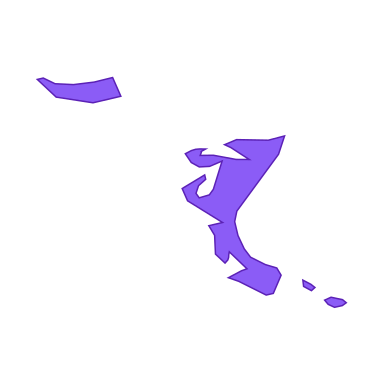 Providenciales and West Caicos, Equal Earth projection, rotated 77°
{"feature_id": "TCA-5005", "entity_name": "Providenciales and West Caicos", "entity_type": "state/province", "adm_level": 1, "iso_a3": "TCA", "parent_name": "Turks and Caicos Islands", "parent_adm1": "", "projection": "equal_earth", "projection_center": [-72.259, 21.758], "detail": "fine", "context": "isolated", "style": "filled", "palette": "violet", "viewbox_px": 384, "rotation_deg": 77, "n_neighbors": 0, "source": "natural_earth", "source_scale": "10m", "svg_char_len": 1097}
<svg xmlns="http://www.w3.org/2000/svg" viewBox="0 0 384 384"><g transform="rotate(77 192 192)"><path d="M153.2,149.6L151.0,136.8L158.7,106.0L158.2,89.2L174.7,99.2L220.7,152.6L230.5,157.1L244.8,157.0L259.1,153.9L268.7,149.6L279.2,136.9L285.1,126.5L293.1,123.9L309.1,135.6L309.1,142.9L289.6,166.5L283.7,175.8L279.9,161.6L279.2,155.7L258.7,169.1L261.4,170.3L263.9,171.0L266.3,172.4L268.7,175.8L257.8,183.1L239.3,179.7L228.6,183.2L228.6,169.1L199.6,198.3L186.4,200.8L178.2,175.8L182.7,175.8L187.3,184.2L194.2,188.4L199.3,186.3L198.7,175.8L194.2,170.6L168.6,155.7L171.0,169.1L169.2,179.3L163.1,186.1L153.2,189.9L151.5,183.3L151.2,178.9L151.8,174.7L153.2,169.1L154.4,173.3L154.7,174.0L155.5,174.0L158.2,175.8L161.0,162.9L170.2,141.7L173.2,128.9L157.5,144.1L153.2,149.6ZM62.6,243.6L82.7,239.8L82.8,268.4L69.0,303.0L47.5,317.4L47.5,311.3L55.7,301.1L60.7,283.3L62.9,262.6L62.6,243.6ZM330.8,69.5L334.6,66.6L336.5,71.1L336.4,79.1L332.1,84.6L327.2,87.1L325.8,80.2L330.8,69.5ZM308.7,96.9L312.7,93.7L315.0,97.8L309.1,104.5L302.8,103.8L308.7,96.9Z" fill="#8b5cf6" stroke="#5b21b6" stroke-width="1.5"/></g></svg>